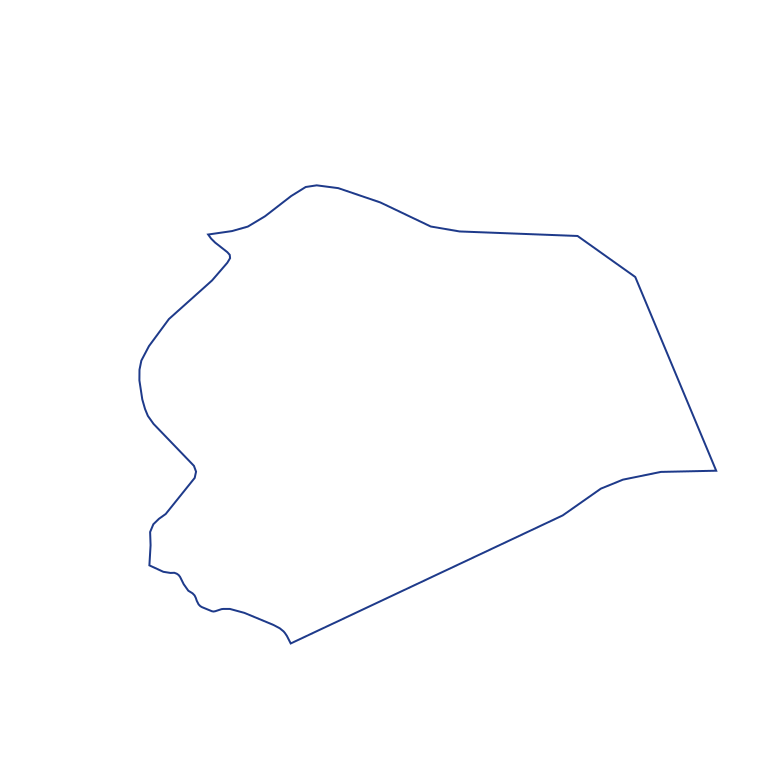 an SVG outline of Enga, rotated 160°
{"feature_id": "PNG-1238", "entity_name": "Enga", "entity_type": "Province", "adm_level": 1, "iso_a3": "PNG", "parent_name": "Papua New Guinea", "parent_adm1": "", "projection": "robinson", "projection_center": [143.878, -5.472], "detail": "fine", "context": "isolated", "style": "outline", "palette": "blue", "viewbox_px": 768, "rotation_deg": 160, "n_neighbors": 0, "source": "natural_earth", "source_scale": "10m", "svg_char_len": 1030}
<svg xmlns="http://www.w3.org/2000/svg" viewBox="0 0 768 768"><g transform="rotate(160 384 384)"><path d="M560.4,172.1L561.4,180.4L562.3,184.0L563.0,185.9L565.5,190.1L570.3,195.4L593.5,216.7L605.7,225.3L611.6,227.5L613.6,228.0L620.3,228.2L622.0,228.5L623.4,229.3L631.4,236.6L632.6,238.1L633.6,240.3L634.1,244.4L634.0,247.2L634.3,250.1L635.5,252.8L638.6,256.7L640.7,264.4L641.6,272.5L642.3,274.7L643.6,276.6L645.6,278.3L649.3,279.5L655.6,283.0L666.5,293.8L658.5,312.3L654.4,324.9L648.7,331.1L641.6,334.3L633.6,336.5L594.0,360.5L590.6,365.9L590.6,372.1L614.2,425.3L616.8,434.8L617.1,442.3L616.4,452.2L612.6,471.1L608.9,481.0L604.0,489.0L591.9,500.0L563.9,518.6L510.2,540.1L489.8,551.5L485.6,554.9L484.8,558.1L486.1,561.4L494.3,574.6L496.7,579.7L498.1,584.6L474.6,579.7L458.1,578.5L438.5,582.3L406.9,592.4L390.2,595.9L379.3,593.7L360.0,583.7L325.4,555.9L286.2,516.0L260.8,501.5L151.5,456.9L111.3,398.6L101.5,188.9L153.9,206.7L192.2,212.4L216.0,211.5L261.0,199.4L560.4,172.1Z" fill="none" stroke="#1e3a8a" stroke-width="2"/></g></svg>